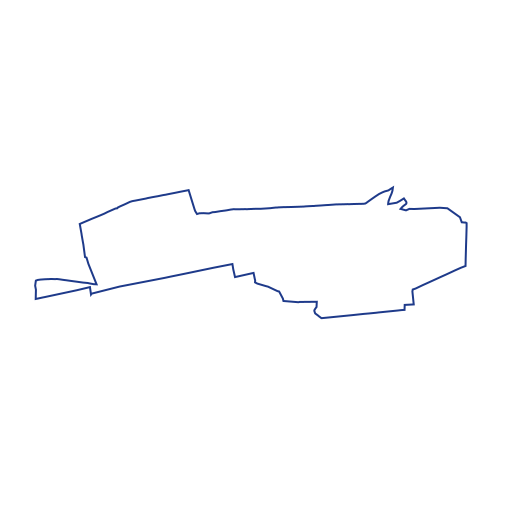 the district of San Jacinto Amilpas, Oaxaca, Mexico, rotated 107°
{"feature_id": "50627088B74733696146426", "entity_name": "San Jacinto Amilpas", "entity_type": "district", "adm_level": 2, "iso_a3": "MEX", "parent_name": "Mexico", "parent_adm1": "Oaxaca", "projection": "albers", "projection_center": [-96.758, 17.093], "detail": "fine", "context": "isolated", "style": "outline", "palette": "blue", "viewbox_px": 512, "rotation_deg": 107, "n_neighbors": 0, "source": "geoboundaries", "source_scale": "gbopen_adm2", "svg_char_len": 3364}
<svg xmlns="http://www.w3.org/2000/svg" viewBox="0 0 512 512"><g transform="rotate(107 256 256)"><path d="M240.7,391.8L241.1,392.4L243.5,395.0L245.2,396.9L248.2,400.4L250.1,402.4L250.9,402.6L251.7,404.3L257.3,410.8L259.8,413.4L262.5,416.6L264.8,419.4L266.5,421.5L268.6,424.1L270.9,426.8L273.5,429.9L276.9,433.9L285.9,429.3L286.1,429.2L287.0,428.8L293.1,425.7L295.6,424.4L307.0,419.2L307.1,417.6L312.5,414.0L329.7,400.2L330.4,403.0L330.9,407.4L331.0,409.0L332.0,413.7L332.9,419.4L334.0,426.1L334.8,431.2L334.9,431.6L335.3,434.1L335.7,436.9L336.2,439.7L336.8,441.2L337.3,443.0L337.8,445.0L338.8,447.7L339.5,449.8L340.2,451.7L341.6,455.3L342.7,457.7L343.9,459.3L344.7,459.2L349.0,458.5L352.6,456.6L353.3,456.4L361.5,454.1L359.8,451.0L358.0,447.8L357.1,446.1L353.6,439.8L351.6,436.2L341.1,417.3L334.3,405.7L341.1,402.5L340.0,402.1L325.1,377.5L303.6,336.9L300.6,331.5L296.1,323.2L291.3,314.4L288.1,308.6L279.6,293.1L270.6,276.2L275.3,273.9L282.3,269.9L272.9,253.4L278.2,250.5L279.5,249.7L281.5,249.2L282.0,246.7L281.9,237.7L281.8,235.6L283.3,225.2L283.2,223.5L284.8,221.9L288.9,217.8L291.0,216.6L287.8,201.9L287.2,200.9L282.0,184.5L287.1,183.2L288.7,183.8L290.6,184.3L291.4,184.2L293.4,182.8L293.7,182.4L294.7,179.5L295.3,178.1L295.8,176.7L296.3,175.3L296.1,174.7L294.4,170.6L288.6,156.7L284.3,146.4L279.9,136.1L278.1,131.6L275.1,124.4L274.1,122.2L272.8,119.1L266.9,105.0L265.2,101.1L264.1,98.2L259.3,99.5L256.2,91.0L246.5,95.1L244.1,96.1L242.2,96.3L240.5,93.9L234.9,87.8L232.9,85.5L226.0,77.7L223.6,75.0L222.0,73.2L219.2,70.0L218.6,69.3L212.5,62.5L212.2,62.2L207.4,56.7L205.6,54.4L204.3,52.7L197.6,54.6L183.1,58.6L176.4,60.4L166.6,63.1L163.0,64.2L162.7,65.3L163.1,66.7L163.6,69.1L159.3,72.3L154.4,86.9L156.1,94.3L164.8,118.4L166.1,123.1L168.5,125.9L168.7,131.5L166.6,130.6L164.8,129.5L162.9,128.1L162.1,127.6L161.6,127.6L160.8,127.8L160.4,128.1L160.0,128.4L159.0,129.8L157.7,131.4L161.3,134.5L162.1,135.3L163.9,137.0L165.3,139.8L167.8,144.8L166.9,145.0L164.7,145.3L162.6,145.2L159.9,145.0L157.4,144.7L156.0,144.6L153.7,144.6L151.8,144.9L150.5,145.1L151.4,145.9L152.8,147.1L154.6,148.6L156.6,151.8L157.9,153.4L158.7,154.3L159.1,154.7L160.7,156.4L164.2,159.3L167.9,162.2L170.9,164.5L173.2,166.2L173.9,166.9L173.9,167.0L174.5,168.1L174.8,169.0L175.3,170.4L176.1,172.9L176.7,174.7L177.9,178.3L179.3,182.3L179.6,183.5L181.0,187.6L182.1,191.0L182.6,192.5L183.1,194.1L183.6,195.4L185.9,201.3L187.0,204.3L188.6,208.4L190.7,214.0L191.2,215.1L191.6,216.4L193.2,220.8L193.9,222.7L194.8,224.9L196.5,229.8L198.9,236.8L200.3,241.1L200.4,241.3L201.2,243.9L202.5,247.5L202.8,248.4L203.4,249.8L203.9,251.3L205.1,254.1L206.0,256.1L207.6,260.3L209.6,265.6L210.8,269.6L211.7,272.3L212.6,274.7L213.1,276.3L213.7,277.8L214.6,280.8L216.4,286.3L217.3,289.2L217.8,291.2L218.5,292.6L218.8,293.4L220.9,297.4L221.8,299.3L221.9,299.6L222.7,301.3L223.4,302.9L225.8,307.7L226.0,308.2L226.3,308.9L226.8,310.3L228.3,312.4L228.7,312.8L229.2,313.9L230.4,318.8L231.7,322.6L233.1,324.7L232.3,325.6L230.8,327.3L229.2,328.5L224.2,331.9L212.7,339.7L213.0,340.2L215.8,345.5L216.7,347.2L219.0,351.4L221.5,356.1L222.9,358.7L223.4,359.6L223.7,360.1L224.9,362.6L225.4,363.5L227.0,366.4L227.5,367.3L228.6,369.5L228.8,369.9L230.4,373.0L231.0,374.1L232.2,376.4L233.2,378.0L234.0,379.5L235.7,382.7L237.5,386.1L238.2,387.4L239.2,389.4L239.8,390.5L240.7,391.8Z" fill="none" stroke="#1e3a8a" stroke-width="2"/></g></svg>